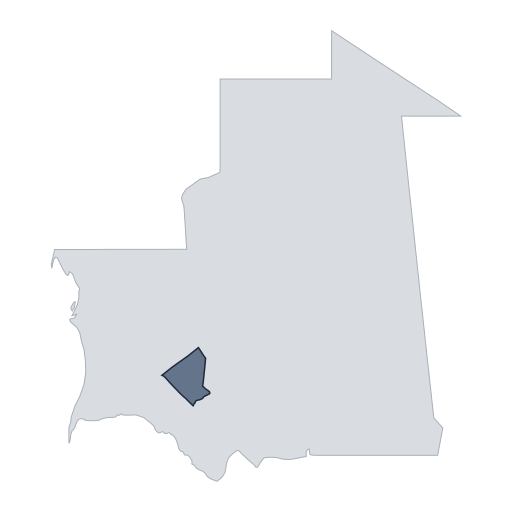 Magta lahjar, Brakna, Mauritania shown in context
{"feature_id": "47542326B18376526841546", "entity_name": "Magta lahjar", "entity_type": "district", "adm_level": 2, "iso_a3": "MRT", "parent_name": "Mauritania", "parent_adm1": "Brakna", "projection": "mercator", "projection_center": [-12.791, 17.745], "detail": "fine", "context": "in_parent", "style": "filled", "palette": "slate", "viewbox_px": 512, "rotation_deg": 0, "n_neighbors": 0, "source": "geoboundaries", "source_scale": "gbopen_adm2", "svg_char_len": 3959}
<svg xmlns="http://www.w3.org/2000/svg" viewBox="0 0 512 512"><path d="M211.3,479.1L210.5,478.8L207.0,476.3L205.3,473.3L202.5,471.1L198.6,469.6L196.1,467.9L194.9,466.0L193.4,464.7L191.9,464.1L191.8,463.4L192.2,462.4L191.8,460.7L189.5,456.8L187.4,455.0L185.6,455.2L184.5,454.8L183.9,453.9L183.7,452.6L182.4,451.5L180.3,451.1L178.6,448.2L177.3,442.8L175.6,438.7L173.5,435.7L172.0,434.6L170.9,434.4L170.5,433.9L170.2,433.0L168.6,432.7L166.3,433.6L164.3,433.3L163.3,431.9L161.9,431.7L160.1,432.9L158.1,432.6L156.0,430.7L154.8,428.8L154.6,426.9L150.9,423.2L143.7,417.5L135.9,414.9L127.4,415.2L122.7,415.0L121.7,414.1L120.6,414.2L119.6,415.2L118.4,415.4L117.3,414.8L116.5,415.3L116.2,416.7L113.3,417.4L107.6,417.5L103.0,418.4L99.5,420.1L94.6,420.8L88.2,420.6L84.4,420.0L83.1,418.9L81.2,418.7L78.9,419.2L76.7,422.0L74.9,427.1L73.3,429.9L72.1,430.6L70.8,434.4L70.1,440.6L68.9,443.4L68.9,427.8L70.7,421.9L71.3,416.8L75.2,405.4L79.9,396.1L84.2,383.7L85.8,371.7L85.3,359.9L84.0,349.4L81.8,342.5L79.7,332.4L76.6,327.1L70.9,322.4L69.6,319.7L71.0,318.7L74.4,318.0L76.6,314.3L72.0,315.7L77.4,304.6L79.0,297.0L78.8,292.0L79.8,288.9L75.7,282.2L72.5,273.8L70.8,272.4L69.1,271.7L69.0,273.7L68.0,275.5L66.0,274.4L62.5,268.3L57.5,258.2L55.8,257.2L54.4,258.6L53.5,259.9L51.8,268.3L51.3,264.9L52.0,261.0L53.2,256.2L54.6,249.5L58.9,249.5L66.5,249.5L81.9,249.5L89.6,249.5L104.9,249.4L112.6,249.4L127.9,249.4L135.6,249.4L150.9,249.4L158.6,249.4L173.9,249.3L181.6,249.3L186.7,249.3L186.4,244.6L186.1,240.8L185.8,235.7L185.5,230.6L185.2,225.5L184.9,220.7L184.6,216.0L184.3,211.5L184.0,207.4L183.6,205.1L182.0,200.4L181.6,198.1L182.1,195.7L183.2,193.4L186.1,189.1L190.7,185.9L195.9,182.1L199.9,179.3L201.9,178.6L208.2,177.6L213.1,175.4L217.9,173.3L219.9,172.1L220.1,168.2L220.1,79.0L243.8,79.0L250.0,79.0L293.7,79.0L299.9,79.0L331.6,79.0L331.6,74.8L331.6,68.7L331.6,60.3L331.6,51.9L331.6,37.0L331.6,30.7L337.9,34.9L350.5,43.2L356.8,47.3L369.3,55.6L381.9,63.9L394.5,72.1L400.8,76.3L407.1,80.4L413.4,84.5L419.7,88.6L432.2,96.8L437.5,100.2L445.6,105.8L453.2,110.9L460.7,116.1L449.0,116.1L433.4,116.1L422.7,116.1L411.8,116.1L401.5,116.1L402.4,124.5L403.3,133.7L404.3,142.8L405.2,151.9L406.2,161.0L409.0,188.2L410.0,197.2L411.0,206.2L411.9,215.2L412.9,224.2L414.8,242.1L415.7,251.1L416.7,260.0L417.6,268.9L418.6,277.8L419.5,286.7L421.4,304.4L422.4,313.2L423.3,322.0L424.3,330.8L425.2,339.6L426.2,348.4L427.1,357.2L428.1,365.9L430.0,383.4L431.0,392.1L431.9,400.8L432.9,409.5L433.8,417.9L437.8,422.4L442.8,427.9L441.3,435.7L439.6,445.1L437.7,455.3L423.8,455.3L410.1,455.3L376.0,455.3L369.2,455.3L335.1,455.3L328.3,455.3L315.1,455.3L311.2,455.0L309.8,454.2L309.3,449.0L308.1,449.3L306.7,450.9L306.0,452.5L306.3,454.7L306.1,456.6L301.7,457.3L295.7,458.6L289.5,459.5L283.2,459.2L281.1,458.7L278.8,458.0L273.8,457.3L271.1,457.2L267.9,457.4L264.3,457.8L263.1,458.8L260.3,462.7L257.6,467.3L255.8,467.2L253.9,464.7L248.4,460.0L241.9,453.9L238.9,450.8L237.3,450.4L234.1,452.6L231.5,454.7L228.7,457.7L227.4,460.6L226.4,464.0L225.9,468.0L224.9,472.6L222.6,476.4L219.9,479.2L217.9,480.6L217.1,481.3L211.3,479.1ZM74.4,307.5L72.2,310.9L71.3,309.6L70.9,307.3L72.8,304.1L73.7,302.4L75.3,301.8L74.4,307.5Z" fill="#d9dde1" stroke="#a8b0b8" stroke-width="1"/><path d="M193.1,405.8L193.6,405.0L193.6,404.6L194.2,403.5L195.1,402.8L195.5,401.4L196.3,400.6L197.7,400.2L198.1,400.1L198.8,399.9L199.7,399.8L200.7,399.3L201.8,398.9L202.5,398.5L203.5,397.2L203.6,396.9L204.2,396.4L205.1,396.1L205.9,395.6L206.6,395.1L207.5,395.0L207.9,394.6L208.5,394.3L208.9,394.1L209.7,393.6L209.8,392.7L209.4,391.7L208.4,390.8L205.8,389.1L203.6,386.9L202.6,386.2L203.0,383.7L203.4,380.6L204.1,373.5L204.8,366.9L205.6,358.3L203.1,354.8L200.4,350.6L198.4,347.6L187.6,356.2L177.4,363.4L172.0,367.3L161.9,375.3L163.9,376.2L165.5,377.8L166.5,378.9L167.9,380.4L169.4,382.2L172.2,385.2L178.5,391.7L178.9,392.3L180.5,393.7L181.8,395.0L183.7,396.8L185.8,398.5L187.4,400.2L193.1,405.8Z" fill="#64748b" stroke="#1e293b" stroke-width="1.5"/></svg>